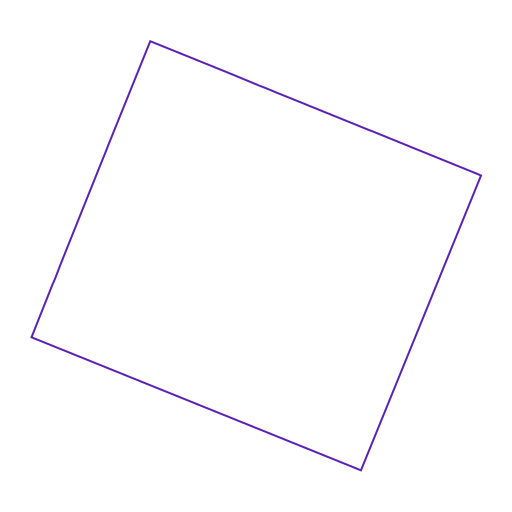 the district of Cheyenne, Kansas, United States of America, rotated 22°
{"feature_id": "52423323B56945179963975", "entity_name": "Cheyenne", "entity_type": "district", "adm_level": 2, "iso_a3": "USA", "parent_name": "United States of America", "parent_adm1": "Kansas", "projection": "equal_earth", "projection_center": [-101.838, 39.786], "detail": "fine", "context": "isolated", "style": "outline", "palette": "violet", "viewbox_px": 512, "rotation_deg": 22, "n_neighbors": 0, "source": "geoboundaries", "source_scale": "gbopen_adm2", "svg_char_len": 430}
<svg xmlns="http://www.w3.org/2000/svg" viewBox="0 0 512 512"><g transform="rotate(22 256 256)"><path d="M433.6,415.4L434.5,97.1L431.1,97.0L361.4,96.9L314.8,96.8L314.1,96.9L215.1,96.8L213.5,96.8L199.9,96.7L194.9,96.8L159.7,96.5L152.7,96.5L77.5,96.5L77.5,208.8L77.6,213.5L77.6,220.9L77.6,231.4L77.9,336.6L78.2,352.6L78.0,358.3L78.2,397.8L78.3,411.2L78.3,415.5L433.6,415.4Z" fill="none" stroke="#5b21b6" stroke-width="2"/></g></svg>